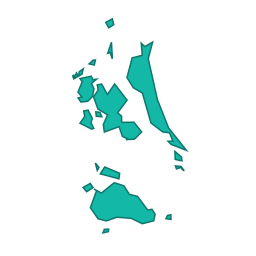 Halmahera Selatan, Maluku Utara, Indonesia, rotated 6°
{"feature_id": "22746128B2838702785556", "entity_name": "Halmahera Selatan", "entity_type": "district", "adm_level": 2, "iso_a3": "IDN", "parent_name": "Indonesia", "parent_adm1": "Maluku Utara", "projection": "robinson", "projection_center": [127.53, -0.746], "detail": "medium", "context": "isolated", "style": "filled", "palette": "teal", "viewbox_px": 256, "rotation_deg": 6, "n_neighbors": 0, "source": "geoboundaries", "source_scale": "gbopen_adm2", "svg_char_len": 1875}
<svg xmlns="http://www.w3.org/2000/svg" viewBox="0 0 256 256"><g transform="rotate(6 128 128)"><path d="M120.0,183.8L108.4,195.5L100.6,192.2L103.3,193.7L98.9,211.2L107.7,221.4L116.1,222.7L126.2,217.9L140.8,217.5L152.2,221.7L163.3,217.6L164.0,210.9L160.3,206.3L156.2,207.6L144.6,195.0L136.3,193.8L129.9,185.9L120.0,183.8ZM124.8,57.8L121.7,78.0L129.1,87.4L138.7,91.8L150.3,120.6L162.9,128.3L169.8,128.4L174.0,136.3L169.2,137.0L172.5,139.8L188.4,144.1L168.3,123.6L154.3,96.7L140.9,57.0L143.5,40.0L136.2,45.3L132.3,42.3L134.6,54.2L124.8,57.8ZM110.1,85.6L104.0,96.8L97.2,87.1L92.9,88.3L94.4,93.5L90.4,100.5L96.1,112.2L106.3,117.0L103.1,127.2L104.9,134.5L119.0,127.6L123.3,136.9L129.3,139.1L127.1,139.8L135.6,138.4L142.0,130.5L133.2,121.6L121.1,123.1L120.4,116.9L116.1,113.9L124.2,100.4L110.1,85.6ZM86.1,80.3L75.1,83.9L77.6,86.8L74.5,97.5L78.9,102.0L75.2,103.3L78.4,107.1L85.1,105.7L89.3,100.4L90.1,92.6L87.0,87.5L91.6,82.7L87.9,83.6L86.1,80.3ZM86.4,114.4L82.1,115.7L83.8,121.0L79.7,128.3L92.1,132.9L94.0,131.9L90.6,126.6L91.5,122.1L86.4,114.4ZM124.4,173.9L108.9,169.2L105.2,176.5L124.3,179.5L124.4,173.9ZM101.0,21.1L94.8,25.3L98.3,30.4L103.0,26.7L101.0,21.1ZM102.6,44.4L100.0,55.9L102.2,54.8L105.2,60.8L102.6,44.4ZM96.3,187.1L89.5,191.8L93.5,195.7L99.5,191.0L96.3,187.1ZM177.1,146.4L178.2,154.3L185.1,155.0L184.3,151.4L177.1,146.4ZM94.3,115.3L95.2,119.7L100.8,119.5L98.4,115.3L94.3,115.3ZM179.7,209.8L176.4,210.9L175.2,214.2L180.3,214.4L179.7,209.8ZM88.5,63.7L86.1,64.3L82.6,68.3L87.9,68.9L88.5,63.7ZM103.3,170.3L99.2,166.3L101.9,173.4L103.3,170.3ZM184.8,160.7L179.1,160.8L180.5,163.6L184.9,161.6L186.1,163.5L188.4,164.7L184.8,160.7ZM77.3,73.8L73.5,77.3L73.8,81.3L76.5,79.3L77.3,73.8ZM71.0,78.6L69.5,83.1L68.5,81.2L67.6,81.9L68.9,84.8L73.6,81.5L71.0,78.6ZM119.3,230.6L115.0,231.3L114.1,234.9L119.4,233.1L119.3,230.6Z" fill="#14b8a6" stroke="#0f766e" stroke-width="1.5"/></g></svg>